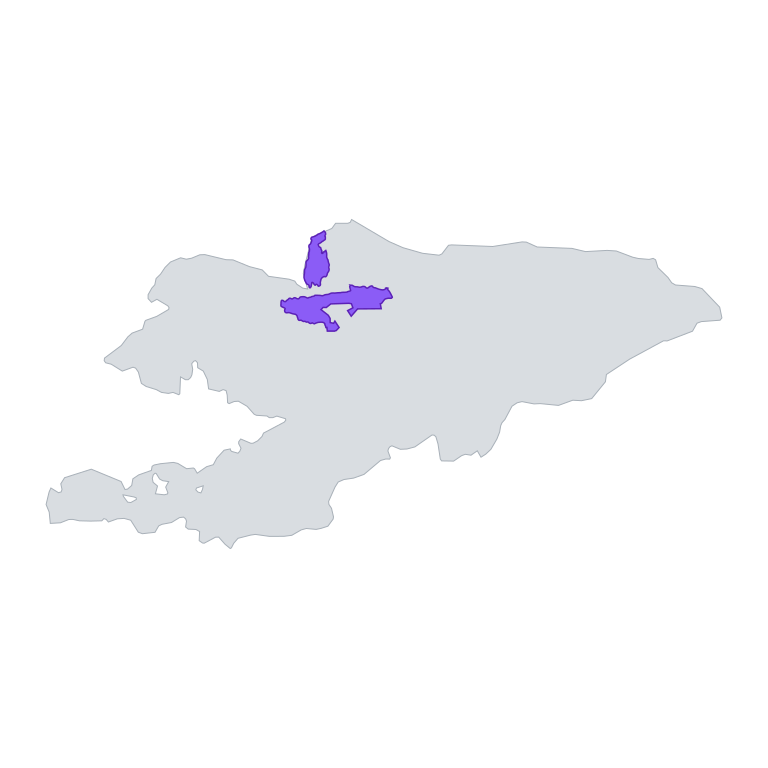 Panfilov, Chuy, Kyrgyzstan shown in context
{"feature_id": "92254566B35271705363117", "entity_name": "Panfilov", "entity_type": "district", "adm_level": 2, "iso_a3": "KGZ", "parent_name": "Kyrgyzstan", "parent_adm1": "Chuy", "projection": "mercator", "projection_center": [73.745, 42.502], "detail": "fine", "context": "in_parent", "style": "filled", "palette": "violet", "viewbox_px": 768, "rotation_deg": 0, "n_neighbors": 0, "source": "geoboundaries", "source_scale": "gbopen_adm2", "svg_char_len": 8738}
<svg xmlns="http://www.w3.org/2000/svg" viewBox="0 0 768 768"><path d="M152.1,466.3L154.1,465.0L160.5,463.7L173.4,462.4L177.8,463.4L186.6,468.7L193.4,468.0L194.6,468.8L197.2,473.2L206.6,466.7L213.3,464.7L216.8,458.1L224.1,450.2L230.3,448.9L230.5,450.2L231.6,451.4L238.0,453.2L239.9,451.1L241.0,448.2L238.7,443.7L238.7,441.8L240.7,439.0L250.9,443.3L253.1,443.2L257.7,440.8L262.0,436.5L263.5,433.1L284.3,422.1L285.8,420.1L285.5,418.7L276.8,416.1L272.9,417.6L269.2,417.6L267.0,416.0L256.4,415.3L254.1,414.2L247.1,406.3L238.4,401.2L234.2,401.5L229.1,403.6L227.6,402.7L227.2,395.1L226.1,390.6L223.1,389.6L219.3,391.4L208.6,388.9L207.3,379.4L203.3,371.1L197.7,367.7L197.5,362.7L195.5,360.6L193.8,361.2L191.7,363.7L192.7,369.3L191.9,374.8L190.6,377.6L188.2,379.7L185.4,379.7L180.5,376.9L179.8,393.7L178.8,394.7L173.0,392.4L168.4,393.4L161.5,392.4L156.3,389.6L146.2,386.5L141.4,383.4L138.4,372.1L135.6,368.1L133.0,367.2L122.3,371.1L111.2,364.2L105.7,362.8L104.2,360.7L104.5,358.1L121.3,345.5L127.9,336.8L132.1,333.1L142.6,329.2L145.0,321.2L145.9,320.3L156.7,316.4L168.7,309.4L169.0,307.5L167.8,305.8L156.9,299.3L151.5,302.3L148.1,298.6L148.1,294.7L151.8,288.1L154.8,284.8L156.1,278.5L160.5,274.2L165.0,267.5L170.5,262.0L180.6,257.8L186.3,259.2L191.6,258.2L199.8,254.8L204.8,254.6L226.0,259.7L233.0,259.9L249.4,266.6L262.2,269.9L268.5,276.3L289.1,279.2L294.8,281.1L296.8,284.2L302.7,288.1L307.6,289.0L303.3,273.6L305.0,264.5L311.5,239.4L314.9,235.6L331.8,228.5L335.6,223.3L347.7,223.3L350.2,222.4L351.6,219.5L388.9,241.5L403.0,247.7L422.6,253.3L439.1,255.2L441.9,253.9L448.5,245.3L451.6,244.9L492.7,246.5L522.1,241.9L526.3,242.1L537.2,247.0L572.0,248.4L585.5,251.6L607.2,250.4L616.3,251.0L632.7,257.2L638.4,258.5L649.1,259.4L653.2,258.4L655.6,259.8L657.9,267.6L668.0,277.5L671.7,282.8L675.5,285.0L694.8,286.5L702.0,288.6L719.7,307.2L721.9,317.9L720.1,320.2L701.3,321.6L697.0,323.2L692.5,331.2L667.2,340.9L663.5,340.8L629.7,359.1L606.4,374.5L605.4,381.8L591.7,398.6L581.5,400.7L572.8,400.2L558.5,405.4L540.2,403.6L534.0,403.9L522.0,401.6L517.1,402.8L512.0,406.2L504.9,419.5L502.0,422.7L500.7,425.7L499.6,432.1L496.9,439.0L490.9,449.3L485.8,454.1L481.0,457.2L477.3,450.8L471.0,455.2L465.3,454.3L461.7,455.6L453.6,461.1L441.6,460.9L440.3,459.0L438.0,443.9L435.9,436.8L434.2,435.2L432.0,435.0L414.9,446.9L406.9,449.0L400.4,449.3L391.9,445.8L390.0,446.7L388.5,448.6L387.9,451.0L390.4,457.8L389.7,459.1L385.8,459.0L380.5,460.5L364.0,474.4L353.6,478.1L344.0,479.5L338.2,482.0L335.0,487.1L328.6,501.4L328.9,504.4L331.5,508.3L333.5,516.9L333.1,519.1L327.9,526.2L321.3,528.3L316.2,529.4L306.3,528.5L301.2,529.9L291.8,535.3L284.1,536.3L269.6,536.4L255.3,534.4L250.6,535.1L238.0,538.3L233.7,543.3L231.4,547.9L230.2,548.5L225.1,544.3L218.7,537.1L215.5,537.2L204.2,543.2L202.5,543.0L199.2,540.7L199.6,531.5L196.0,529.5L188.2,529.1L185.6,527.0L186.5,521.1L185.6,518.8L183.6,517.1L179.5,517.6L171.5,522.5L162.0,524.3L158.7,525.9L155.0,532.3L142.4,533.7L138.3,532.2L130.7,520.2L124.1,518.4L117.4,518.8L108.4,522.0L106.2,519.4L103.9,518.6L101.8,520.8L90.7,521.1L79.4,520.8L72.9,519.4L68.8,519.5L60.4,522.8L50.3,523.4L49.2,512.1L46.1,504.5L49.1,492.0L50.9,488.0L58.5,492.7L61.2,491.9L62.0,489.4L60.8,483.8L64.6,477.7L91.3,469.2L121.1,481.5L125.0,489.5L127.5,489.1L131.7,485.5L132.9,478.8L138.7,474.9L151.4,470.4L152.1,466.3ZM167.4,494.0L167.9,492.9L165.7,487.1L168.7,481.6L162.7,480.7L159.6,479.0L156.2,473.5L155.1,473.2L153.3,474.8L152.3,478.4L153.1,482.3L157.5,486.0L155.4,493.8L164.3,494.8L167.4,494.0ZM136.4,499.4L136.2,497.8L134.1,497.0L123.0,494.8L123.4,496.4L127.7,502.2L130.9,502.5L136.4,499.4ZM202.5,489.4L203.2,485.8L196.5,488.0L195.8,489.8L198.0,492.1L200.9,492.9L202.5,489.4Z" fill="#d9dde1" stroke="#a8b0b8" stroke-width="1"/><path d="M281.0,306.0L281.3,306.4L281.8,306.7L282.6,307.1L282.8,307.2L283.9,307.7L284.6,308.0L284.8,308.2L285.1,308.5L285.1,309.0L284.9,309.3L284.7,309.8L284.6,310.8L284.9,311.9L285.4,312.3L285.9,312.7L286.8,312.8L288.5,312.6L289.5,312.7L292.4,313.7L293.8,314.0L295.5,314.3L296.1,314.8L296.6,315.2L297.0,315.7L297.4,317.2L297.9,318.4L298.0,319.2L298.1,319.4L298.4,319.8L298.8,320.2L299.3,320.3L300.0,320.4L300.5,320.2L301.0,320.2L301.2,320.3L302.3,320.9L303.0,321.3L303.8,321.5L304.5,321.3L305.2,321.4L305.9,321.9L306.5,322.1L307.3,322.0L307.9,322.0L308.5,322.3L309.3,323.1L310.1,323.4L310.8,323.5L311.9,323.0L312.4,322.9L313.4,323.5L314.4,323.8L315.9,323.1L317.1,322.7L318.0,322.4L319.2,322.3L320.3,322.2L322.0,322.2L323.0,322.4L323.7,322.6L324.1,323.0L324.8,323.7L324.9,324.7L325.2,325.4L325.6,326.2L325.8,327.3L326.1,327.7L326.9,327.5L327.3,331.1L334.7,331.1L335.5,330.7L336.2,330.6L339.1,327.5L334.9,321.1L333.6,323.3L330.2,322.6L330.1,318.4L328.3,315.3L321.0,309.6L323.1,307.4L326.3,307.5L330.8,303.9L348.9,303.3L351.4,303.7L352.9,307.8L347.6,310.6L351.2,316.2L357.6,308.9L381.2,308.7L380.3,303.7L381.0,303.6L381.8,303.1L383.8,300.4L384.4,299.7L385.3,298.9L387.4,298.4L388.3,298.2L390.3,298.3L391.5,298.2L392.3,297.3L392.2,296.8L390.7,293.8L389.4,291.5L387.9,289.7L387.3,288.9L387.9,288.2L387.6,288.1L387.1,288.0L386.7,287.9L386.4,287.9L385.7,288.1L385.8,288.5L385.0,289.2L384.0,289.7L382.6,289.9L381.1,289.7L379.8,289.4L378.6,289.1L377.4,288.6L376.4,288.3L375.7,287.9L374.4,287.7L373.4,287.4L372.9,286.9L372.5,286.2L371.8,285.9L370.8,286.1L369.8,286.5L369.0,287.1L368.0,287.8L367.5,288.1L366.9,288.1L366.2,287.8L365.5,287.1L364.8,286.6L363.9,286.4L362.8,286.4L361.2,287.0L360.1,287.2L359.8,287.3L358.2,287.0L357.2,286.8L355.9,286.8L354.6,286.6L353.7,286.2L353.0,285.7L352.0,285.2L350.8,285.2L350.1,285.1L350.3,285.4L350.0,285.8L349.7,286.6L350.0,288.1L350.2,288.8L350.5,289.9L350.6,290.6L350.0,291.0L349.3,291.2L348.5,291.4L347.5,291.7L346.9,292.1L345.9,292.2L344.5,292.3L343.0,292.3L341.7,292.4L340.4,292.7L339.1,292.7L337.4,292.8L335.6,293.0L334.1,293.1L333.9,293.0L333.0,293.0L331.4,293.1L330.2,293.5L329.3,294.0L328.0,294.4L325.8,294.6L324.6,294.9L323.6,295.4L322.7,295.7L321.8,295.7L320.2,295.4L317.4,295.3L314.9,295.3L314.4,295.9L313.8,296.1L313.2,296.3L311.6,296.6L310.7,297.2L309.8,297.3L308.9,297.5L308.2,297.9L307.3,298.0L306.5,297.6L305.2,297.0L304.1,296.7L302.4,296.7L301.3,296.8L300.3,297.0L299.7,297.6L299.3,298.2L298.6,298.8L297.9,298.8L297.1,298.7L296.6,298.5L296.0,298.1L294.9,297.7L294.0,297.8L293.6,298.1L293.0,298.5L292.6,298.8L291.8,298.9L291.1,298.6L290.5,298.3L289.8,298.2L289.1,298.4L288.4,299.1L288.1,299.5L287.4,299.9L286.6,300.5L286.1,301.0L285.6,301.6L284.7,301.6L283.9,301.3L283.3,300.7L282.9,300.4L282.2,300.3L281.8,300.3L281.4,300.6L281.1,301.8L281.0,302.7L281.0,303.8L280.9,304.7L280.9,305.2L281.0,306.0ZM324.0,230.9L323.0,231.7L320.3,233.3L319.2,233.8L317.9,234.2L316.7,235.3L316.0,235.6L315.0,236.2L314.1,236.5L313.1,236.8L311.7,237.2L311.0,238.2L310.9,239.0L311.2,239.4L311.6,239.7L311.7,240.4L311.6,241.1L311.0,242.9L310.2,244.2L309.5,244.7L309.1,245.1L308.9,245.9L308.9,246.7L309.0,247.4L309.3,248.2L309.5,249.3L309.4,250.1L309.4,251.2L308.7,252.8L308.7,253.2L308.8,253.5L308.8,253.8L308.8,254.1L308.7,254.4L308.7,254.5L308.6,256.0L308.4,257.0L308.7,257.9L308.5,258.7L308.1,259.3L307.3,260.4L306.5,261.0L306.3,261.6L306.0,262.1L306.0,265.2L305.8,267.2L305.1,268.8L304.6,269.5L304.5,270.7L304.5,272.6L304.4,273.7L304.2,275.2L304.0,277.4L304.3,278.8L304.7,279.9L304.9,280.7L305.4,281.5L305.7,282.1L306.0,282.7L306.4,283.4L306.8,284.0L307.8,284.5L308.6,284.9L308.9,285.4L309.2,286.0L309.0,286.8L309.5,287.6L309.8,287.8L310.1,287.8L310.5,287.6L310.8,287.0L311.2,286.3L311.4,285.2L311.6,284.3L311.7,283.6L311.7,283.0L311.8,282.6L312.0,282.4L312.4,282.4L313.0,282.8L313.5,283.2L314.1,284.4L314.4,284.7L314.9,285.1L315.4,285.1L315.6,284.7L316.1,284.4L316.5,284.3L317.1,284.6L318.0,285.5L318.3,286.2L319.6,285.9L320.3,285.2L320.5,284.4L320.3,282.9L320.4,281.8L320.7,280.8L320.9,279.5L321.5,278.4L322.3,277.5L323.6,276.7L324.3,276.5L325.1,276.8L325.9,276.6L326.6,275.8L327.0,275.0L327.2,274.2L327.5,273.1L327.8,272.5L328.3,271.9L328.8,271.0L329.1,270.0L329.1,268.8L328.8,268.1L328.7,267.4L328.8,266.8L329.1,265.6L329.3,264.9L329.0,263.9L328.5,262.6L328.3,261.6L328.1,260.8L328.0,259.9L327.5,259.3L327.1,258.2L326.6,257.1L326.7,256.2L326.7,255.2L326.7,254.4L326.7,253.8L326.5,252.5L326.1,251.2L325.8,250.4L325.3,250.6L324.9,251.2L324.8,251.7L324.2,251.9L323.6,251.9L323.2,252.3L323.0,252.7L322.9,253.2L322.5,253.4L322.0,253.4L321.6,253.0L321.6,252.4L321.8,251.8L321.8,251.0L321.7,250.3L321.3,249.8L321.0,249.1L320.9,248.4L320.8,247.9L320.2,247.3L319.9,247.2L319.2,246.8L318.6,245.9L318.4,245.1L318.2,244.4L318.7,243.8L320.1,243.1L321.3,242.3L322.0,241.6L323.0,241.1L324.3,240.1L325.0,239.7L325.4,239.0L325.3,238.0L325.4,237.2L325.3,236.6L325.0,236.4L324.9,235.9L325.1,235.3L325.6,234.5L325.6,233.8L325.6,233.2L325.4,232.5L324.0,230.9Z" fill="#8b5cf6" stroke="#5b21b6" stroke-width="1.5"/></svg>